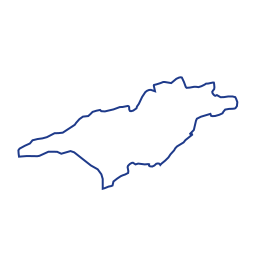 map outline of Georgia (Equal Earth projection), rotated 322°
{"feature_id": "GEO", "entity_name": "Georgia", "entity_type": "country or territory", "adm_level": 0, "iso_a3": "GEO", "parent_name": "Asia", "parent_adm1": "", "projection": "equal_earth", "projection_center": [43.852, 42.32], "detail": "fine", "context": "isolated", "style": "outline", "palette": "blue", "viewbox_px": 256, "rotation_deg": 322, "n_neighbors": 0, "source": "natural_earth", "source_scale": "50m", "svg_char_len": 2064}
<svg xmlns="http://www.w3.org/2000/svg" viewBox="0 0 256 256"><g transform="rotate(322 128 128)"><path d="M130.7,177.0L130.8,176.3L130.5,175.1L129.5,174.2L128.2,173.6L125.7,173.8L123.4,173.3L121.8,171.8L121.4,170.6L122.3,169.6L121.7,168.9L118.8,167.0L114.1,162.3L111.5,161.3L110.5,158.4L109.4,157.8L107.2,157.5L104.8,157.8L104.3,158.1L103.6,158.6L101.7,162.2L100.4,163.5L97.2,162.9L94.6,162.0L92.5,161.5L88.3,161.2L83.6,161.2L80.4,163.8L79.0,163.4L76.6,162.2L72.7,161.1L70.7,160.3L76.7,152.6L78.5,148.1L78.6,145.3L78.7,141.9L75.7,134.7L73.2,124.6L70.6,114.0L68.5,110.8L59.6,107.2L57.5,103.1L50.7,97.7L41.1,95.4L39.2,94.4L31.0,87.8L24.5,83.5L26.0,80.9L27.9,78.1L29.9,77.5L35.8,78.5L41.2,79.8L45.2,78.9L49.9,81.0L54.2,83.5L58.5,85.3L66.9,86.9L70.0,89.2L73.7,91.5L88.1,92.7L89.3,92.3L90.3,92.0L95.2,91.1L99.5,91.3L104.0,94.1L106.9,93.9L110.0,93.5L113.9,95.0L117.1,96.6L117.3,98.3L120.0,100.7L128.0,104.4L134.5,106.5L136.5,108.0L141.4,110.5L141.9,111.2L141.8,112.2L140.4,114.1L140.0,115.7L140.7,116.6L142.8,117.5L146.8,117.7L148.3,116.6L151.3,115.7L154.3,114.2L158.3,112.2L163.7,110.4L165.9,110.4L168.0,111.0L169.5,112.0L171.9,115.7L174.4,110.5L175.0,110.1L177.2,111.1L181.2,112.6L184.0,113.4L185.4,114.5L189.7,119.2L196.4,119.0L199.3,119.7L200.8,120.5L201.5,121.4L200.4,126.2L198.8,131.2L198.9,132.4L201.6,134.2L205.4,136.2L207.4,137.8L208.7,139.2L211.7,140.3L215.1,141.0L216.8,141.1L218.5,142.3L223.0,144.5L223.6,145.1L222.8,146.6L221.1,149.2L219.7,150.5L218.1,150.8L216.6,151.4L216.0,152.8L216.0,154.6L216.3,155.9L216.7,156.4L218.3,156.8L219.9,160.7L222.4,162.6L226.3,164.8L229.7,167.4L231.5,169.7L231.2,171.4L230.1,174.9L227.3,177.8L224.9,178.5L224.0,178.3L222.5,177.4L219.3,175.1L215.9,173.3L213.2,173.9L211.5,174.6L208.1,173.8L204.1,172.2L201.9,170.7L201.0,169.6L201.6,167.6L192.4,164.0L188.0,163.1L186.1,164.1L179.4,169.5L178.6,170.1L173.5,170.8L173.4,171.3L174.6,172.4L174.4,172.8L165.8,172.9L162.9,173.6L155.3,172.7L152.7,173.1L150.6,174.0L145.3,174.9L141.7,176.1L137.1,176.6L132.3,176.7L130.7,177.0Z" fill="none" stroke="#1e3a8a" stroke-width="2"/></g></svg>